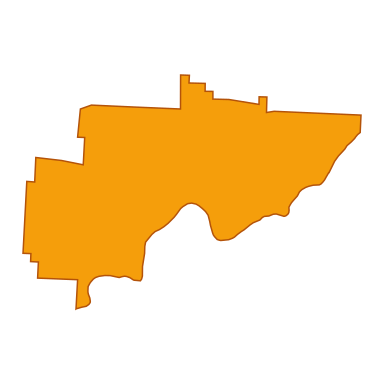 Washington, Ohio, United States of America (Equal Earth projection)
{"feature_id": "52423323B97388910931036", "entity_name": "Washington", "entity_type": "district", "adm_level": 2, "iso_a3": "USA", "parent_name": "United States of America", "parent_adm1": "Ohio", "projection": "equal_earth", "projection_center": [-81.437, 39.431], "detail": "fine", "context": "isolated", "style": "filled", "palette": "amber", "viewbox_px": 384, "rotation_deg": 0, "n_neighbors": 0, "source": "geoboundaries", "source_scale": "gbopen_adm2", "svg_char_len": 1802}
<svg xmlns="http://www.w3.org/2000/svg" viewBox="0 0 384 384"><path d="M76.0,309.0L76.5,308.7L78.7,308.1L81.8,307.2L86.2,306.3L88.8,304.5L89.7,303.3L90.2,302.4L90.3,301.2L89.8,298.0L88.4,294.3L88.0,292.5L87.9,291.1L88.1,286.6L89.9,283.2L91.0,281.7L93.4,279.0L95.6,277.5L99.0,276.3L104.8,275.5L110.2,275.6L119.2,277.5L122.3,276.6L124.6,276.2L126.7,276.5L130.0,277.7L132.8,279.6L134.0,280.2L140.4,280.8L141.6,279.1L142.4,276.1L142.5,266.5L144.6,253.4L144.8,246.4L145.6,242.1L151.9,234.4L155.2,231.5L159.4,229.6L163.9,226.7L168.1,223.3L174.0,217.4L176.5,214.3L180.6,208.6L182.8,206.7L187.6,203.7L191.6,203.1L196.1,204.1L199.0,205.8L202.3,208.5L203.6,209.7L205.6,211.6L208.1,215.2L209.7,221.3L210.5,225.5L212.6,232.9L213.4,235.0L214.5,236.6L217.2,239.5L219.3,240.2L220.8,240.5L222.7,240.3L228.7,239.7L232.6,238.2L234.6,237.0L237.5,234.4L241.4,231.5L244.1,229.8L250.2,224.8L253.3,222.7L259.9,220.0L262.3,217.5L264.3,216.4L268.9,216.0L273.3,214.2L276.3,214.0L283.9,216.3L284.8,216.2L286.4,215.5L288.2,213.8L288.8,212.5L289.1,210.3L288.9,207.6L289.1,206.8L290.2,204.8L291.4,202.8L293.4,200.4L297.4,195.9L299.4,192.0L300.9,190.5L301.9,189.6L305.7,187.4L308.7,186.3L313.2,185.2L319.2,184.9L320.7,184.2L321.5,183.5L323.1,181.8L324.7,179.7L326.0,177.3L328.7,172.7L329.0,172.7L334.6,161.3L338.4,156.0L344.8,149.1L347.0,145.6L351.3,141.9L354.7,138.4L355.6,137.0L357.6,134.6L360.2,132.5L361.0,115.1L274.1,111.3L266.5,112.5L266.9,97.0L259.1,96.8L259.0,104.4L228.9,99.5L212.9,99.1L212.9,91.4L205.1,91.3L205.2,83.4L189.0,83.0L189.4,75.3L180.6,75.0L180.5,109.0L133.1,107.0L91.4,105.1L80.4,109.0L77.6,137.2L84.7,137.5L83.5,160.1L83.2,164.8L61.6,160.5L35.8,157.5L34.7,182.0L26.8,181.4L23.0,253.3L30.9,253.6L30.6,261.6L38.4,262.0L37.6,278.1L77.6,279.7L76.0,309.0Z" fill="#f59e0b" stroke="#b45309" stroke-width="1.5"/></svg>